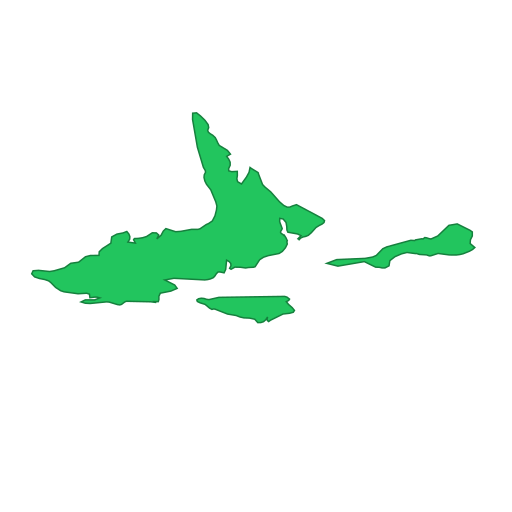 the Province of Masbate, rotated 123°
{"feature_id": "PHL-2540", "entity_name": "Masbate", "entity_type": "Province", "adm_level": 1, "iso_a3": "PHL", "parent_name": "Philippines", "parent_adm1": "", "projection": "mercator", "projection_center": [123.509, 12.44], "detail": "fine", "context": "isolated", "style": "filled", "palette": "green", "viewbox_px": 512, "rotation_deg": 123, "n_neighbors": 0, "source": "natural_earth", "source_scale": "10m", "svg_char_len": 3713}
<svg xmlns="http://www.w3.org/2000/svg" viewBox="0 0 512 512"><g transform="rotate(123 256 256)"><path d="M389.8,416.4L390.8,420.4L392.8,425.3L394.1,430.3L393.1,434.4L389.8,434.9L386.5,430.6L381.4,420.6L378.3,417.2L370.1,410.1L363.0,407.4L357.8,401.4L349.5,398.6L345.8,395.2L341.0,388.0L337.8,389.8L333.4,388.8L324.3,384.7L318.6,387.4L313.4,384.6L309.1,380.1L305.8,377.7L306.8,374.6L308.4,372.4L310.7,371.1L314.1,371.0L310.9,364.2L309.5,366.5L309.1,367.5L307.6,367.5L305.5,364.5L302.5,361.1L299.3,358.4L293.0,355.6L290.9,352.1L291.4,349.0L295.7,348.5L290.4,346.9L285.6,347.3L282.1,346.5L279.4,336.6L276.2,332.4L268.8,324.6L265.3,319.2L263.7,317.8L256.6,314.8L254.7,313.5L250.4,311.7L244.6,312.3L239.0,314.2L235.4,316.0L232.5,319.2L225.1,330.0L222.8,336.6L220.9,339.8L218.4,342.4L216.1,343.6L213.3,343.9L212.0,345.0L210.2,348.5L196.7,364.4L176.0,383.6L170.7,386.9L168.3,383.8L168.8,378.7L170.0,372.7L171.9,367.7L174.1,365.6L176.9,365.0L178.1,363.4L178.4,361.0L178.3,358.1L178.9,354.7L180.3,352.2L181.9,349.8L183.3,347.0L183.0,337.5L184.5,332.9L188.4,334.9L189.7,331.5L191.4,328.8L193.9,327.1L197.7,326.5L199.4,325.2L198.5,322.3L195.2,317.8L198.6,315.5L201.7,314.1L203.7,311.9L203.5,307.4L195.1,307.0L189.6,307.4L185.0,309.2L185.1,307.5L184.9,299.9L185.1,299.2L185.7,298.8L192.5,289.4L193.3,286.0L194.2,278.6L197.7,266.0L198.5,260.2L198.0,256.3L196.6,254.3L194.2,252.7L190.9,250.0L188.4,220.9L189.0,217.8L190.9,217.2L193.3,218.0L195.8,219.5L199.4,221.2L206.4,222.3L210.2,223.4L212.5,225.0L214.4,226.9L216.6,228.3L218.8,228.7L218.6,229.1L218.7,230.2L214.4,229.3L214.9,233.2L218.7,242.2L217.4,244.2L214.5,246.3L211.5,249.1L210.2,253.4L211.5,256.6L214.4,254.8L218.7,249.0L219.4,248.8L221.9,248.7L222.8,248.3L223.3,247.2L223.3,244.8L223.6,243.9L223.1,243.7L224.4,240.8L226.2,238.0L227.1,238.0L228.9,236.3L233.1,235.8L237.8,236.4L241.3,238.0L249.0,245.9L252.9,249.0L257.1,250.9L265.5,250.9L266.8,252.0L269.7,256.0L271.7,258.2L273.9,262.9L276.8,267.6L280.7,269.7L280.7,271.4L277.8,271.7L276.0,273.1L275.3,275.4L275.5,278.4L283.8,274.1L287.5,273.6L289.0,277.5L290.1,279.1L292.5,279.6L295.3,279.6L297.4,280.0L300.0,281.7L302.1,283.7L304.0,286.0L319.4,312.7L325.8,319.5L324.6,308.4L326.1,304.5L331.8,308.3L339.3,316.0L342.7,315.5L345.4,313.7L347.5,313.1L349.3,316.0L349.3,314.3L351.7,319.3L364.6,340.1L366.1,341.1L369.8,342.4L371.2,343.6L372.2,345.7L374.6,354.0L375.9,356.4L386.2,369.3L388.6,373.5L389.8,377.7L385.7,375.2L380.7,367.4L376.2,364.2L377.1,366.9L378.1,368.6L381.4,372.6L378.7,374.9L379.5,377.8L384.6,384.7L390.6,397.5L391.5,400.9L391.5,406.9L390.0,413.7L389.8,416.4ZM200.2,149.6L201.7,162.1L219.9,181.8L223.6,192.6L215.1,186.4L198.5,163.1L193.3,157.6L190.0,155.4L180.8,153.6L177.0,151.2L158.5,134.7L156.6,131.3L155.6,131.0L151.3,126.4L150.7,125.2L148.6,124.5L147.8,122.7L147.2,120.4L146.4,118.5L140.3,114.5L125.2,110.9L119.5,104.7L117.9,90.6L118.0,87.7L121.4,85.5L125.6,85.0L128.9,83.2L129.7,77.1L132.6,77.9L135.8,79.6L141.3,83.5L143.8,85.9L146.0,88.5L149.8,94.4L154.7,104.7L160.6,109.5L161.5,110.7L162.2,113.6L165.7,119.8L166.5,122.8L167.1,123.5L170.8,131.3L174.9,135.1L180.9,139.1L187.0,141.2L191.8,139.1L195.7,141.3L197.3,143.7L198.3,146.4L200.2,149.6ZM324.3,272.3L325.7,277.3L326.1,280.4L325.1,281.7L323.1,280.9L321.2,278.9L319.9,276.4L319.3,274.0L318.2,271.7L310.9,264.6L274.3,210.0L273.6,207.6L273.9,204.4L275.5,204.4L277.8,205.7L278.9,202.3L279.6,197.5L280.7,194.1L282.9,194.1L285.7,196.6L289.9,201.7L302.0,208.9L304.1,209.7L303.9,211.3L303.1,212.2L300.8,213.1L304.1,213.1L307.0,213.9L309.2,215.7L310.9,218.2L309.7,222.6L311.6,227.6L314.5,232.5L315.9,236.3L316.7,240.2L320.2,248.3L322.9,261.5L323.5,262.7L324.8,263.9L325.0,266.6L324.3,272.3Z" fill="#22c55e" stroke="#15803d" stroke-width="1.5"/></g></svg>